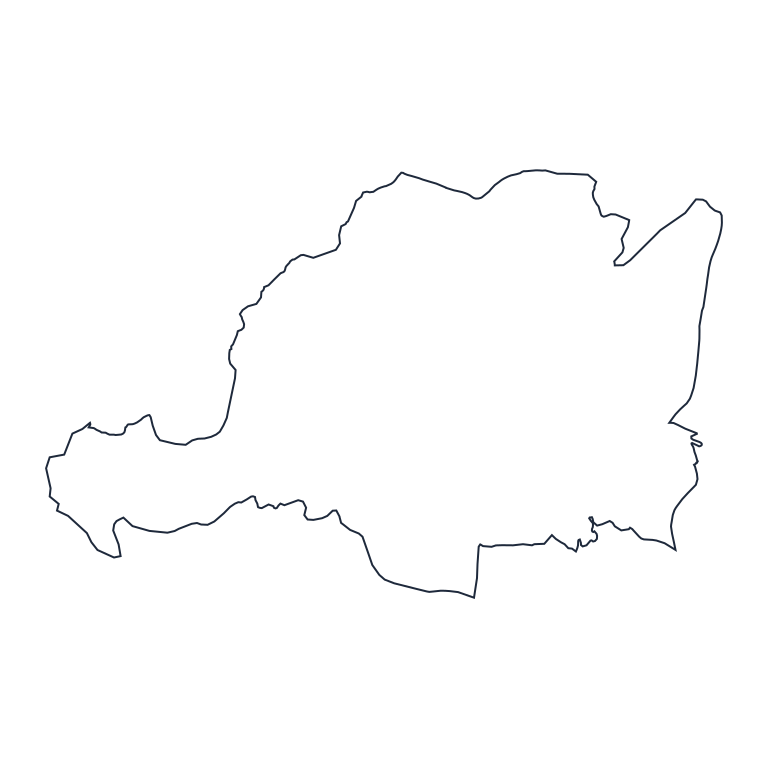 the district of Penukal Abab Lematang Ilir, Sumatera Selatan, Indonesia
{"feature_id": "22746128B2393542990028", "entity_name": "Penukal Abab Lematang Ilir", "entity_type": "district", "adm_level": 2, "iso_a3": "IDN", "parent_name": "Indonesia", "parent_adm1": "Sumatera Selatan", "projection": "orthographic", "projection_center": [103.991, -3.208], "detail": "fine", "context": "isolated", "style": "outline", "palette": "slate", "viewbox_px": 768, "rotation_deg": 0, "n_neighbors": 0, "source": "geoboundaries", "source_scale": "gbopen_adm2", "svg_char_len": 5937}
<svg xmlns="http://www.w3.org/2000/svg" viewBox="0 0 768 768"><path d="M628.5,224.1L629.0,221.5L629.2,220.1L615.6,214.5L610.8,214.2L606.3,216.0L603.8,216.7L603.6,216.7L601.7,215.7L601.4,215.4L600.7,213.8L598.6,206.4L596.7,204.1L594.3,199.8L593.3,197.3L592.9,194.8L592.8,192.8L593.3,191.1L594.5,189.0L594.4,186.6L596.2,181.8L587.8,174.7L569.6,173.8L557.2,173.7L545.4,170.4L542.2,170.6L539.4,170.4L536.1,170.3L531.7,170.7L527.3,171.1L525.7,171.2L523.7,171.2L521.9,171.9L520.2,173.1L516.5,174.2L511.0,175.4L507.7,176.7L504.1,178.5L502.2,179.6L500.5,180.8L499.3,181.8L497.0,183.5L494.8,185.1L490.5,189.7L489.3,191.3L482.1,197.2L481.0,197.8L478.4,198.5L475.8,198.6L473.7,198.0L472.1,197.0L469.5,195.1L467.2,193.9L465.2,193.1L462.1,192.1L456.8,190.9L454.2,190.4L445.9,187.8L445.9,187.6L436.3,183.6L429.1,181.5L426.5,180.7L422.8,179.6L419.1,178.2L411.6,176.0L407.4,174.9L404.9,173.9L404.4,173.7L403.2,172.9L401.6,172.7L401.3,172.7L399.4,174.8L397.8,176.5L395.9,179.3L394.8,180.7L393.4,182.2L391.2,183.8L386.0,186.1L384.6,186.3L380.9,187.5L378.3,188.6L376.6,189.6L374.8,190.8L373.4,191.8L370.9,192.1L369.7,192.3L368.1,191.9L366.9,191.7L363.1,192.5L361.6,195.9L361.5,196.6L356.1,200.9L356.0,201.2L354.0,207.9L348.0,221.4L347.9,221.5L346.6,222.2L345.6,224.1L341.2,226.3L339.1,235.1L340.0,243.4L335.9,249.8L313.3,257.8L306.8,255.9L303.5,254.9L300.8,255.2L294.4,259.4L292.5,259.6L290.5,261.1L290.0,261.6L289.4,262.8L288.4,263.9L288.0,264.2L287.4,265.0L286.7,265.6L285.6,267.3L285.3,268.7L285.1,269.5L284.8,270.4L284.3,271.4L283.2,272.2L282.3,272.5L281.2,273.0L280.6,273.2L274.4,279.3L268.5,285.3L264.1,287.1L264.1,287.9L263.6,289.7L262.5,291.0L261.4,291.8L261.0,297.4L256.4,303.9L248.0,306.3L242.6,310.1L239.9,314.1L240.8,315.8L241.7,317.1L242.2,319.4L243.3,321.8L244.1,324.2L243.7,327.6L241.4,329.8L239.5,330.5L237.8,331.2L236.9,335.0L233.0,344.4L231.4,346.1L231.2,346.5L231.3,348.3L231.4,349.0L229.8,349.9L229.3,353.1L229.1,359.0L230.2,363.6L235.6,370.0L235.0,378.3L227.9,412.2L226.8,417.9L223.4,425.5L219.8,431.7L216.2,434.5L211.2,436.8L204.5,438.5L199.4,438.7L197.8,438.8L192.2,440.4L185.7,444.8L175.3,443.9L159.9,440.2L156.0,435.0L152.7,425.6L150.7,417.2L149.4,415.1L148.2,415.2L146.8,415.7L143.6,417.3L142.2,418.5L141.0,419.7L137.1,422.4L134.8,423.5L133.4,424.0L132.6,424.2L128.2,424.4L127.5,425.0L127.0,425.8L126.2,427.0L125.4,427.4L125.1,429.2L125.0,430.2L124.4,432.2L123.2,433.5L122.5,433.9L121.2,434.5L117.0,434.9L115.6,435.0L114.0,434.7L109.6,434.7L107.4,433.7L105.7,432.7L104.0,432.6L101.6,432.5L100.0,431.4L98.2,430.6L96.4,429.8L95.5,429.1L93.8,428.1L88.7,427.4L90.3,424.6L90.2,423.9L90.2,423.4L90.0,422.8L82.4,429.0L72.4,433.6L64.2,454.6L49.7,457.3L46.1,468.3L50.6,488.3L49.7,496.5L58.7,503.9L57.0,510.6L68.1,515.9L86.9,533.1L91.4,542.2L97.5,550.0L114.0,557.5L120.6,556.1L118.6,544.4L113.2,530.5L114.2,524.3L116.5,521.1L119.8,519.3L123.4,517.6L132.5,526.1L149.4,530.9L167.4,532.7L174.7,531.0L178.8,528.8L191.7,523.8L197.0,523.0L201.1,524.5L207.6,524.8L214.3,521.5L223.8,513.3L229.8,507.2L230.7,506.5L234.8,503.7L238.3,502.2L241.3,502.5L246.8,499.4L251.1,496.6L253.0,496.3L255.0,497.0L255.5,500.1L257.3,503.6L257.9,506.6L258.1,507.2L260.0,507.9L261.8,508.1L268.6,504.5L273.4,506.2L273.9,507.7L275.5,508.4L276.8,508.0L278.5,505.5L280.4,503.6L284.4,505.2L298.2,500.2L303.0,501.6L306.1,507.7L304.3,515.1L307.6,519.5L313.4,519.9L322.1,518.2L327.3,515.9L332.7,510.7L336.3,510.5L339.5,516.5L339.5,516.8L341.1,522.9L343.1,524.4L350.1,529.9L355.4,532.1L358.8,533.5L362.5,536.7L368.7,554.5L372.3,565.0L379.3,574.9L384.7,579.6L394.2,583.3L416.4,588.9L427.0,591.5L429.3,591.9L433.3,591.5L440.9,590.7L445.3,590.8L449.8,591.1L458.1,592.1L474.0,597.7L477.0,578.1L477.5,564.1L478.7,546.7L480.2,544.4L480.3,544.4L483.0,546.1L491.6,546.8L495.9,545.4L502.4,545.2L511.9,545.3L513.2,545.3L523.0,544.2L532.0,545.3L534.3,544.2L544.3,543.8L551.9,535.1L555.8,538.9L561.0,542.3L564.6,544.2L568.3,548.2L572.0,548.6L575.9,551.5L576.3,550.6L577.3,548.1L578.0,545.5L578.1,543.9L578.2,541.0L578.6,540.0L579.8,539.5L580.9,542.8L581.0,545.0L582.7,546.4L586.5,545.3L590.5,540.6L591.6,540.4L593.1,541.5L595.0,541.0L596.9,538.9L597.1,535.9L596.6,533.9L594.4,531.3L593.3,532.0L592.4,531.6L591.9,530.6L592.0,529.0L592.8,527.1L593.0,524.9L592.8,523.1L590.9,520.9L589.2,518.3L589.7,517.5L590.8,517.4L591.9,517.2L592.7,519.0L593.3,522.2L597.1,525.6L602.3,524.2L609.7,521.0L612.6,522.8L614.8,526.3L621.3,530.4L628.8,529.2L630.0,527.7L632.3,529.1L633.5,530.5L639.2,536.7L641.3,538.5L643.9,539.4L652.5,539.9L656.4,540.5L664.6,543.2L675.5,549.9L673.9,542.1L672.1,533.8L671.0,526.5L671.2,524.5L671.7,521.7L672.8,515.0L674.4,510.3L675.7,508.0L677.1,506.0L682.3,499.1L687.6,493.3L695.9,484.8L697.5,479.1L696.9,473.6L695.0,466.5L694.0,464.8L694.4,464.5L695.2,464.2L695.7,463.8L696.2,463.3L696.9,462.9L697.5,461.7L697.4,461.7L697.5,461.6L695.8,455.5L694.5,452.0L693.6,448.0L693.0,446.5L692.2,445.3L691.5,443.9L691.5,443.4L692.1,443.0L698.1,445.8L698.7,446.2L699.5,446.3L700.4,446.0L701.0,445.7L701.7,445.0L701.8,444.0L701.4,443.3L700.9,442.8L699.5,442.0L693.1,439.7L691.4,438.5L691.3,436.4L697.6,433.5L697.4,433.5L693.9,432.1L685.3,428.7L678.2,425.1L673.6,423.0L671.1,422.8L669.3,422.8L673.7,416.7L675.6,414.2L675.8,414.0L680.2,409.3L684.0,405.8L686.7,403.4L689.9,398.7L691.2,395.4L693.6,388.0L695.8,375.6L697.2,363.6L698.3,352.0L699.3,340.7L699.4,338.6L699.5,330.4L699.4,326.1L700.6,319.2L702.0,310.6L703.4,307.0L704.5,299.6L706.3,287.6L706.8,283.9L707.4,278.9L708.0,275.2L709.1,267.3L710.5,261.2L711.7,257.3L712.7,254.9L715.3,248.8L716.8,244.8L718.2,240.8L720.3,233.4L721.2,229.1L721.7,225.8L721.9,222.7L721.7,215.5L720.1,212.4L716.0,211.0L714.7,210.5L711.0,207.5L710.0,206.7L708.0,204.0L706.1,201.4L702.8,199.7L697.0,199.4L696.0,199.4L695.4,200.1L685.2,213.0L660.2,230.3L656.9,233.7L644.7,245.8L630.2,260.2L623.4,265.2L614.8,265.4L614.8,264.7L614.4,262.1L614.2,261.4L622.4,252.4L623.7,247.9L621.6,239.0L627.9,227.2L628.5,224.1Z" fill="none" stroke="#1e293b" stroke-width="2"/></svg>